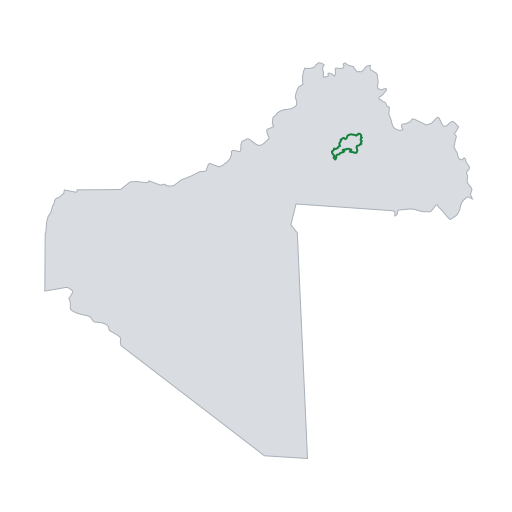 location of Koulikoro, Koulikoro, Mali, rotated 184°
{"feature_id": "8926073B42356193702634", "entity_name": "Koulikoro", "entity_type": "district", "adm_level": 2, "iso_a3": "MLI", "parent_name": "Mali", "parent_adm1": "Koulikoro", "projection": "orthographic", "projection_center": [-7.329, 13.238], "detail": "fine", "context": "in_parent", "style": "outline", "palette": "green", "viewbox_px": 512, "rotation_deg": 184, "n_neighbors": 0, "source": "geoboundaries", "source_scale": "gbopen_adm2", "svg_char_len": 5209}
<svg xmlns="http://www.w3.org/2000/svg" viewBox="0 0 512 512"><g transform="rotate(184 256 256)"><path d="M66.1,393.1L66.3,391.1L64.6,389.6L64.5,388.9L65.6,383.1L65.5,381.6L66.3,378.6L65.2,377.3L64.9,376.3L62.2,372.4L61.4,369.2L60.1,367.0L56.9,366.3L55.7,368.1L54.9,368.4L53.7,367.0L53.3,365.9L53.4,364.9L49.3,359.7L49.6,357.0L51.2,355.6L51.8,353.3L50.4,350.6L50.6,348.0L50.5,344.3L48.1,341.2L46.5,339.7L45.2,337.5L46.4,332.4L44.1,328.0L48.6,329.8L50.8,328.3L52.9,326.1L54.7,323.2L55.6,319.6L56.0,316.5L57.9,311.7L60.1,309.4L64.6,306.1L65.9,306.5L73.1,313.8L77.2,317.5L78.7,319.4L80.1,319.5L82.3,316.0L84.5,312.9L85.4,312.2L92.8,311.9L96.6,312.5L100.0,313.4L104.9,313.8L117.7,311.6L117.9,310.2L117.8,308.5L118.3,307.2L119.4,306.0L120.3,305.7L120.6,309.8L121.7,310.4L124.7,310.7L219.7,310.7L223.4,289.5L216.4,281.9L190.5,57.6L233.7,57.3L241.2,62.3L384.4,157.2L385.3,160.3L385.3,164.7L386.5,166.0L388.6,167.4L396.8,171.3L397.4,172.1L397.8,173.8L398.9,176.0L400.6,177.1L402.7,178.0L405.1,178.6L412.4,178.9L414.0,179.9L417.3,183.7L419.0,184.4L428.9,186.1L432.1,187.0L435.7,188.6L437.6,190.2L437.9,196.3L439.5,200.2L439.5,201.2L438.1,202.9L437.8,204.1L436.2,207.3L436.6,208.6L440.2,210.8L441.9,211.4L443.8,211.3L464.2,206.3L467.9,263.7L467.2,264.6L467.3,274.9L466.1,281.0L463.6,285.5L462.3,292.2L461.3,293.6L460.7,297.4L459.3,299.6L456.7,300.6L452.1,305.1L451.8,308.5L440.4,307.1L439.6,307.2L439.2,307.7L439.0,309.5L409.9,311.7L395.6,313.0L386.8,321.1L381.0,322.0L373.6,321.6L369.8,321.7L368.4,322.2L368.1,323.6L356.3,320.0L352.0,321.3L351.3,320.9L350.7,320.1L348.5,319.7L345.2,320.0L342.8,320.6L335.5,327.0L331.5,328.6L324.2,332.4L319.0,335.7L317.2,336.4L314.3,336.6L311.9,337.3L309.8,344.4L308.4,345.1L299.4,342.4L297.6,342.9L296.1,343.8L291.2,348.0L288.7,351.3L287.5,355.8L287.8,358.6L286.9,359.5L284.6,359.8L280.4,358.9L279.1,359.4L278.6,361.5L278.8,366.3L277.9,369.5L275.5,370.6L273.6,371.9L272.1,372.3L270.8,372.0L263.5,367.3L261.0,366.5L258.3,367.1L255.7,369.2L251.1,374.3L251.6,376.0L253.0,378.1L253.9,380.7L253.9,383.0L247.3,386.3L248.9,388.7L248.8,395.3L245.7,398.3L244.7,400.3L241.7,402.4L239.2,403.6L231.1,405.4L227.8,407.5L226.3,409.2L226.0,411.0L226.3,413.1L227.9,417.4L227.4,421.4L226.1,425.9L224.9,428.0L221.1,430.4L221.7,433.4L222.1,437.6L221.5,443.2L220.4,446.9L219.5,446.6L215.8,446.8L211.9,448.0L210.5,448.9L210.2,450.2L206.9,453.2L204.7,453.0L202.6,452.2L201.5,451.5L201.4,451.0L202.7,448.6L202.7,447.7L201.4,443.5L201.6,442.4L201.1,439.2L200.8,439.0L196.5,440.5L196.3,441.1L197.0,443.1L196.5,443.5L195.0,443.4L192.8,442.8L190.4,440.9L189.9,441.5L189.6,443.0L189.5,444.8L190.1,448.0L189.4,449.1L185.7,448.9L182.6,449.3L181.9,450.5L181.5,451.8L182.3,453.2L182.2,453.8L180.9,454.7L180.3,454.7L178.5,453.1L171.7,451.6L171.1,449.4L170.3,449.4L168.1,446.7L167.2,446.8L166.5,447.2L163.8,447.1L161.5,449.3L159.8,452.2L157.9,453.5L155.1,454.2L155.5,452.4L154.7,449.9L148.8,446.7L147.8,445.4L146.3,438.4L146.4,436.3L146.8,434.4L146.6,433.0L146.0,431.9L144.2,430.8L142.4,430.3L140.0,431.7L138.9,432.0L137.9,431.9L137.3,431.3L137.4,430.6L140.0,426.9L141.2,425.3L143.7,423.4L144.4,422.5L144.4,421.8L144.2,421.2L142.5,420.5L140.0,418.8L138.6,418.6L137.4,417.8L136.2,415.0L135.6,414.5L134.4,414.2L133.3,413.5L133.4,406.8L131.0,401.8L128.8,395.4L127.6,393.8L125.6,392.5L123.1,391.6L120.9,391.4L118.4,392.1L118.4,392.7L119.8,394.8L120.0,395.9L119.8,397.0L119.3,397.7L115.9,398.4L111.4,400.7L109.9,403.4L108.9,403.7L107.1,403.3L95.2,398.6L90.2,400.6L86.9,404.5L86.1,405.8L84.6,406.9L83.7,406.9L82.9,406.2L79.4,400.1L78.0,398.6L76.1,398.5L74.5,399.5L72.8,401.5L70.6,403.4L69.3,403.9L68.1,403.6L63.3,399.4L63.0,398.6L65.3,393.8L66.1,393.1Z" fill="#d9dde1" stroke="#a8b0b8" stroke-width="1"/><path d="M168.0,366.3L166.1,366.4L165.0,365.8L163.0,366.1L162.3,368.1L162.5,369.2L163.0,370.5L163.0,371.0L163.2,371.6L163.3,371.7L163.2,371.9L162.9,372.8L161.1,373.5L160.0,374.5L159.1,374.7L158.8,375.4L159.4,376.1L159.1,376.9L158.5,377.9L159.7,379.0L159.7,379.9L158.7,381.5L159.6,382.2L159.5,383.8L159.9,384.2L160.3,384.5L160.8,385.0L161.2,385.1L161.7,385.2L162.0,385.2L162.5,384.9L162.9,384.6L163.1,384.3L163.1,384.1L163.4,384.0L163.6,383.9L163.8,383.8L164.0,383.6L164.2,383.3L164.4,383.1L164.7,383.1L165.7,383.6L168.4,383.9L169.7,384.0L172.3,383.1L173.2,382.2L173.7,380.3L174.0,379.7L174.5,379.2L175.2,378.9L176.7,379.9L177.2,379.8L177.3,379.7L179.5,378.0L179.1,377.6L179.4,376.6L180.0,375.6L180.7,374.1L180.5,373.2L180.2,372.3L179.9,371.7L180.0,371.6L180.3,371.6L180.6,371.5L180.8,371.2L181.1,371.0L181.2,370.9L181.5,370.5L181.6,370.4L181.7,370.0L181.9,369.6L182.1,369.4L182.4,369.3L182.5,369.2L183.0,368.8L183.1,368.7L183.7,368.5L184.1,368.3L184.4,368.3L184.7,368.4L184.9,368.5L185.2,368.6L185.3,368.6L185.5,368.6L185.8,367.2L186.8,366.2L187.5,365.4L187.4,364.7L187.1,363.9L184.8,361.1L185.4,359.4L183.8,357.9L183.1,358.6L182.9,359.6L182.9,361.5L182.6,362.4L181.9,362.8L180.1,363.2L179.0,364.7L175.9,365.8L175.4,366.5L175.6,367.0L176.7,367.4L176.8,367.7L176.6,367.9L176.1,368.2L174.4,368.5L173.6,368.5L173.4,368.9L173.1,369.1L171.7,369.3L170.5,369.3L169.8,368.8L168.6,368.9L168.3,368.5L168.4,368.2L169.3,367.7L169.4,367.1L169.5,366.7L169.1,366.6L168.0,366.3Z" fill="none" stroke="#15803d" stroke-width="2"/></g></svg>